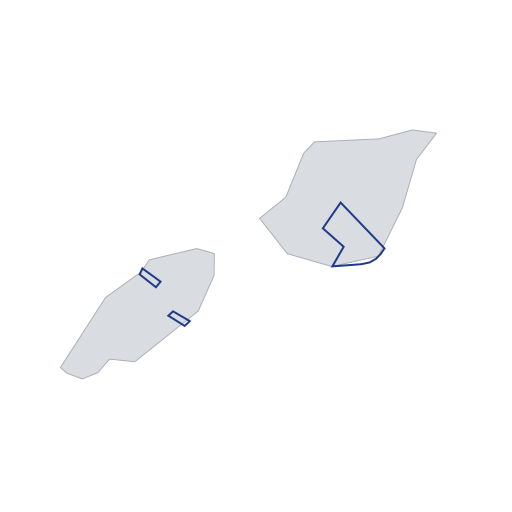 where Gaga'emauga sits in Samoa, rotated 123°
{"feature_id": "WSM-4990", "entity_name": "Gaga'emauga", "entity_type": "state/province", "adm_level": 1, "iso_a3": "WSM", "parent_name": "Samoa", "parent_adm1": "", "projection": "natural_earth1", "projection_center": [-172.104, -13.734], "detail": "fine", "context": "in_parent", "style": "outline", "palette": "blue", "viewbox_px": 512, "rotation_deg": 123, "n_neighbors": 0, "source": "natural_earth", "source_scale": "10m", "svg_char_len": 815}
<svg xmlns="http://www.w3.org/2000/svg" viewBox="0 0 512 512"><g transform="rotate(123 256 256)"><path d="M189.5,153.3L223.5,186.7L237.0,231.0L222.5,273.5L190.4,263.0L143.8,272.0L128.3,269.0L91.0,216.9L65.1,193.5L54.7,171.5L87.7,174.0L135.8,159.5L189.5,153.3ZM456.0,359.3L372.9,359.6L331.9,343.6L317.3,343.4L282.1,309.8L276.7,292.2L295.2,280.6L333.6,274.5L410.6,300.0L422.3,322.7L440.0,325.1L453.8,334.9L457.3,350.8L456.0,359.3Z" fill="#d9dde1" stroke="#a8b0b8" stroke-width="1"/><path d="M179.6,152.4L186.2,152.5L192.9,153.8L199.5,157.2L205.6,163.3L223.1,186.3L200.5,187.5L196.4,215.0L185.3,214.7L172.1,214.3L165.1,214.1L179.6,152.4ZM334.8,343.5L328.3,344.5L329.5,322.1L336.7,322.9L334.8,343.5ZM346.7,276.1L353.5,277.8L353.8,297.0L347.6,295.4L346.7,276.1Z" fill="none" stroke="#1e3a8a" stroke-width="2"/></g></svg>